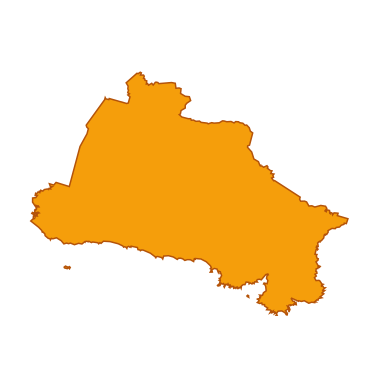 Eurobodalla, New South Wales, Australia (Albers equal-area conic projection), rotated 96°
{"feature_id": "25037944B87455208948659", "entity_name": "Eurobodalla", "entity_type": "district", "adm_level": 2, "iso_a3": "AUS", "parent_name": "Australia", "parent_adm1": "New South Wales", "projection": "albers", "projection_center": [150.084, -35.933], "detail": "fine", "context": "isolated", "style": "filled", "palette": "amber", "viewbox_px": 384, "rotation_deg": 96, "n_neighbors": 0, "source": "geoboundaries", "source_scale": "gbopen_adm2", "svg_char_len": 6002}
<svg xmlns="http://www.w3.org/2000/svg" viewBox="0 0 384 384"><g transform="rotate(96 192 192)"><path d="M237.7,349.3L243.1,340.8L246.0,337.4L247.6,336.7L247.3,336.1L249.0,334.0L250.8,333.5L253.1,330.2L253.4,328.2L254.4,327.8L252.8,327.0L253.1,325.5L251.7,322.0L254.1,317.0L257.0,314.0L255.9,311.4L256.3,309.3L255.5,307.6L256.7,303.4L254.9,299.4L255.2,296.0L252.7,293.5L253.0,293.1L252.4,293.0L252.0,291.4L252.4,290.0L251.8,289.4L252.8,286.7L252.1,285.6L252.3,280.4L253.3,279.4L252.0,278.3L252.6,277.1L250.2,274.9L249.9,268.3L251.2,259.9L252.9,255.2L254.0,254.2L253.5,253.4L253.8,251.9L254.9,250.9L253.4,250.6L252.7,249.4L253.3,248.1L252.6,247.4L253.2,246.9L252.3,246.5L252.9,240.5L255.0,239.7L255.1,237.7L255.8,237.2L254.9,236.0L254.9,234.4L257.2,227.0L260.5,221.5L261.8,221.2L260.1,220.8L259.7,219.3L260.4,215.3L261.7,214.1L258.7,213.5L257.8,208.7L258.6,203.7L260.6,199.6L259.4,198.6L259.0,196.7L259.4,194.3L260.8,192.0L259.8,189.7L259.5,186.6L261.0,183.1L258.1,182.7L258.0,181.7L259.4,181.7L257.8,181.7L257.7,176.1L259.9,170.5L263.4,166.0L265.1,164.9L266.4,165.8L267.0,164.4L269.8,165.5L269.5,163.4L267.2,164.2L265.7,161.7L266.0,159.1L269.3,157.4L268.0,157.1L268.4,155.5L270.0,155.6L269.8,154.8L272.1,153.8L274.8,154.9L275.3,156.5L275.6,155.0L276.7,154.7L277.2,155.5L277.5,154.6L280.3,155.1L282.2,156.9L282.8,156.3L282.1,154.4L279.7,153.5L280.4,152.2L279.7,151.0L281.5,150.1L280.1,148.5L280.8,147.2L279.5,146.6L280.8,145.8L280.5,144.6L282.8,145.2L283.3,144.2L281.3,143.8L282.3,142.4L281.6,142.1L281.6,140.6L283.4,140.4L282.7,139.0L283.2,138.4L282.1,138.0L283.0,136.8L282.0,136.6L283.0,135.5L281.4,133.9L282.7,133.1L280.1,132.9L278.8,131.5L278.6,129.6L275.9,128.8L275.9,126.0L277.4,125.6L276.4,124.6L277.2,122.7L275.9,121.9L276.7,120.7L274.8,120.2L274.7,117.6L273.7,118.5L272.3,117.9L271.7,115.9L272.1,113.9L266.4,110.0L265.6,108.0L266.4,107.5L267.1,108.6L270.1,108.9L272.1,107.3L275.4,107.7L275.0,110.8L276.0,111.2L276.2,110.1L278.3,108.8L282.5,107.9L284.7,110.4L287.4,111.1L287.5,113.9L288.6,112.7L289.6,112.9L289.5,113.7L290.9,113.4L291.8,116.5L291.8,115.2L293.2,113.9L295.1,115.5L295.8,113.0L295.1,111.0L296.7,110.4L296.4,108.1L297.8,107.9L299.4,104.6L301.3,105.5L301.2,101.8L301.8,100.9L304.0,101.8L302.0,99.1L303.6,99.6L302.5,97.5L302.9,96.7L304.2,97.1L303.4,96.1L304.3,95.4L301.5,93.9L300.9,90.2L302.3,87.0L304.3,85.3L304.3,84.5L302.8,84.4L300.2,86.6L297.9,83.6L301.3,83.1L298.7,82.3L296.8,83.2L297.5,84.1L295.5,85.2L295.8,84.0L294.4,83.8L293.9,82.5L294.6,82.0L293.7,80.7L293.9,79.2L292.8,79.1L293.2,76.5L291.2,77.0L292.1,78.0L290.2,78.6L290.0,80.4L287.8,82.1L287.2,81.8L289.5,74.8L289.0,74.7L289.4,71.7L288.4,69.0L290.4,64.2L289.1,61.5L289.2,58.6L288.7,58.8L288.4,57.3L288.0,58.2L286.2,56.6L286.4,55.4L284.7,55.1L283.6,51.8L282.8,53.6L279.5,50.3L278.8,52.2L276.4,50.0L276.7,51.3L276.1,51.8L273.4,49.6L273.6,50.8L271.7,52.3L272.1,53.3L271.2,53.5L270.1,52.0L269.9,53.2L267.1,55.5L266.6,56.5L267.1,59.4L264.4,61.3L262.6,59.6L260.9,61.1L259.7,59.2L258.0,59.8L257.9,60.6L255.3,60.4L254.9,58.8L253.3,58.8L253.7,57.4L252.6,56.7L251.9,59.0L248.5,61.4L246.7,59.6L245.2,59.5L245.1,60.5L242.6,61.7L241.1,61.2L241.0,63.2L236.2,62.5L235.7,61.7L236.4,61.2L235.7,60.7L234.3,62.6L232.9,62.4L233.4,61.2L232.9,60.8L229.6,61.7L228.2,60.6L228.3,59.4L227.3,59.4L227.0,58.3L224.0,56.2L220.9,56.0L220.4,55.6L220.9,54.9L219.8,54.3L220.1,53.6L217.7,52.4L216.2,52.7L213.6,49.0L213.5,45.7L212.2,44.8L211.4,41.6L209.4,40.0L208.3,37.5L207.1,37.3L207.3,35.2L202.3,34.1L200.3,45.0L197.9,44.5L197.8,45.5L197.9,48.6L200.1,49.8L198.3,50.5L197.9,52.0L199.1,52.2L198.7,52.8L196.0,53.3L195.6,56.0L197.6,56.4L196.9,57.8L194.2,56.2L192.2,57.7L191.9,62.5L194.1,68.3L193.2,71.3L193.7,74.3L189.9,77.0L189.3,79.1L189.8,83.0L188.0,84.2L185.8,83.9L172.0,111.1L172.3,111.9L169.8,114.3L168.8,112.4L167.2,113.3L165.6,112.4L165.4,115.6L162.6,114.7L162.5,116.3L160.4,119.6L159.2,119.1L158.0,120.2L159.9,123.4L158.9,125.0L158.9,126.6L158.1,126.5L158.2,127.4L154.9,129.1L152.7,133.9L146.0,136.8L141.8,141.4L140.3,141.5L139.4,139.7L126.9,137.8L125.4,140.3L122.1,141.8L119.7,144.6L120.1,146.3L118.3,148.6L118.1,151.7L117.3,153.1L117.4,155.9L118.9,157.4L117.8,160.6L118.5,164.7L118.0,167.7L118.1,169.2L120.3,172.1L121.2,177.2L121.0,179.7L122.5,183.1L121.9,184.1L121.8,190.2L120.7,192.0L121.3,195.6L120.3,198.0L120.7,200.2L119.2,201.0L119.5,203.3L118.5,209.9L116.4,212.8L115.6,211.7L112.1,211.4L109.2,207.5L106.4,207.8L104.3,206.5L101.2,202.9L97.5,204.6L97.5,208.8L95.2,213.7L90.4,213.7L89.9,215.7L90.5,218.8L85.6,220.0L85.3,223.8L87.7,236.4L86.7,237.3L86.5,239.0L86.7,239.9L89.7,241.8L88.1,243.4L90.3,246.4L88.8,247.5L89.4,248.7L86.2,248.6L85.8,250.4L84.2,251.0L84.1,252.1L81.8,251.6L80.8,252.4L81.1,255.5L78.8,254.8L78.3,256.0L79.9,257.9L79.7,259.2L90.3,268.9L93.4,266.6L96.2,266.6L97.4,265.8L100.0,266.3L100.9,264.5L102.2,266.0L103.9,263.6L110.2,264.7L110.8,266.2L107.7,284.1L108.8,284.4L108.4,287.4L107.2,288.2L109.3,288.5L136.6,304.2L138.4,303.5L139.9,301.7L145.1,302.5L158.4,308.1L199.4,314.6L196.7,328.2L199.5,330.2L198.7,334.7L201.4,333.4L201.4,331.7L202.7,333.4L203.7,332.9L203.5,334.7L204.5,334.9L204.1,336.1L205.0,339.1L206.7,340.5L206.1,342.6L207.4,342.7L207.2,343.7L208.5,343.5L208.0,345.1L210.0,346.3L209.6,347.4L211.8,347.6L211.6,345.4L213.9,346.7L214.6,349.9L218.8,349.5L222.5,346.4L221.0,345.7L222.3,345.9L221.8,343.6L222.8,342.7L223.3,345.6L225.0,344.8L225.8,346.1L226.2,345.5L227.1,346.5L228.2,346.1L229.5,347.6L229.0,348.6L230.1,349.1L230.9,347.1L228.8,344.7L228.1,343.0L228.8,341.8L230.0,344.7L230.8,343.5L231.5,343.6L231.4,345.1L232.1,344.1L232.1,345.4L232.8,345.4L232.0,346.4L232.4,347.2L235.0,347.1L234.5,345.2L235.7,347.6L237.7,349.3ZM281.2,305.8L279.7,305.2L279.0,306.2L279.8,307.2L278.9,310.1L280.1,311.3L280.8,310.9L281.3,308.0L280.1,307.1L281.2,305.8ZM289.4,126.3L289.8,124.8L289.3,124.8L288.8,125.8L289.4,126.3ZM282.4,149.5L282.7,150.3L283.4,149.9L282.4,149.5ZM290.8,124.6L290.0,124.9L290.4,125.6L290.8,124.6ZM305.6,94.5L304.9,94.9L305.7,95.4L305.6,94.5Z" fill="#f59e0b" stroke="#b45309" stroke-width="1.5"/></g></svg>